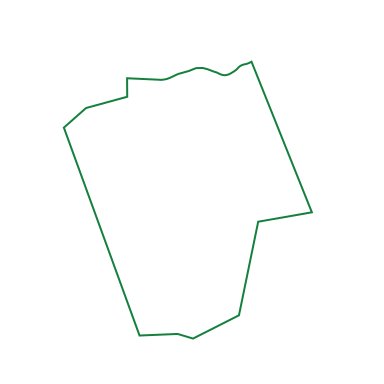 map outline of Enfield (Albers equal-area conic projection), rotated 242°
{"feature_id": "GBR-2067", "entity_name": "Enfield", "entity_type": "London Borough", "adm_level": 1, "iso_a3": "GBR", "parent_name": "United Kingdom", "parent_adm1": "", "projection": "albers", "projection_center": [-0.041, 51.645], "detail": "fine", "context": "isolated", "style": "outline", "palette": "green", "viewbox_px": 384, "rotation_deg": 242, "n_neighbors": 0, "source": "natural_earth", "source_scale": "10m", "svg_char_len": 711}
<svg xmlns="http://www.w3.org/2000/svg" viewBox="0 0 384 384"><g transform="rotate(242 192 192)"><path d="M89.9,78.3L309.0,109.1L315.9,137.9L306.5,179.5L322.9,188.1L307.2,214.6L305.5,217.4L305.0,218.6L303.9,221.7L303.5,223.5L303.1,226.9L302.9,232.0L302.7,235.2L300.6,244.8L300.3,246.3L299.8,251.2L299.6,252.8L299.2,254.3L296.6,259.4L295.6,260.7L293.3,263.2L287.4,268.4L286.0,269.9L283.0,272.0L281.7,273.2L280.6,274.4L279.7,275.8L279.3,276.8L278.7,279.0L278.5,280.5L278.8,286.3L279.3,289.1L280.4,292.3L280.6,293.8L280.6,295.5L280.4,297.1L279.6,299.8L279.3,301.6L279.1,303.4L279.1,305.7L117.8,288.3L134.7,236.5L61.1,175.6L62.1,124.1L73.4,112.7L89.9,78.3Z" fill="none" stroke="#15803d" stroke-width="2"/></g></svg>